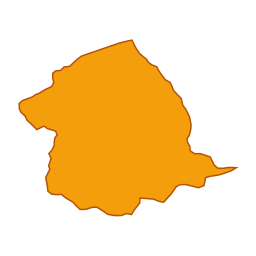 outline of Itirapuã, São Paulo, Brazil, rotated 92°
{"feature_id": "56859067B37772155606082", "entity_name": "Itirapuã", "entity_type": "district", "adm_level": 2, "iso_a3": "BRA", "parent_name": "Brazil", "parent_adm1": "São Paulo", "projection": "natural_earth1", "projection_center": [-47.165, -20.649], "detail": "fine", "context": "isolated", "style": "filled", "palette": "amber", "viewbox_px": 256, "rotation_deg": 92, "n_neighbors": 0, "source": "geoboundaries", "source_scale": "gbopen_adm2", "svg_char_len": 1530}
<svg xmlns="http://www.w3.org/2000/svg" viewBox="0 0 256 256"><g transform="rotate(92 128 128)"><path d="M163.9,18.4L163.8,22.7L164.0,26.5L165.0,31.9L165.0,37.0L161.8,40.7L154.0,44.9L152.5,50.0L151.1,54.9L151.4,60.4L148.7,65.0L144.2,65.6L140.2,68.0L136.7,68.7L133.6,66.7L129.7,65.7L126.5,65.2L122.6,65.1L114.7,66.9L106.9,71.1L103.5,74.0L96.7,75.8L92.8,79.9L88.9,83.8L85.0,85.4L81.1,87.4L78.3,92.5L73.2,96.7L69.7,99.2L65.8,101.5L64.0,106.5L61.5,110.1L58.5,112.0L56.2,115.3L53.1,119.1L48.3,122.6L43.9,125.1L40.0,127.1L41.9,134.6L43.7,140.4L56.2,173.0L57.8,177.1L61.2,181.3L64.6,184.7L68.4,188.5L69.3,194.0L72.8,197.4L73.4,202.2L75.9,205.1L80.7,205.0L85.2,203.8L89.3,205.8L91.7,210.6L94.0,214.6L96.2,217.6L97.7,221.3L100.3,224.7L102.0,228.9L104.1,234.1L107.3,237.6L112.9,237.2L116.3,235.3L119.4,231.4L123.9,229.1L126.7,225.6L132.8,219.0L129.0,212.1L131.4,208.6L133.6,200.3L137.4,198.5L140.1,200.6L143.8,201.2L148.1,201.2L152.8,203.3L156.3,206.2L161.3,203.8L168.5,206.0L172.0,204.7L180.4,208.5L188.8,206.6L194.1,205.8L196.8,201.9L197.1,196.7L196.7,192.2L199.8,188.2L204.0,180.5L207.9,176.7L211.1,173.0L210.7,167.0L208.4,160.7L208.3,156.2L211.1,151.3L215.0,145.1L216.0,138.2L215.7,131.8L213.6,126.4L214.3,121.5L209.7,118.9L206.7,116.7L202.7,113.8L197.5,113.4L197.8,108.2L198.0,103.8L198.2,100.0L200.3,94.2L200.9,89.8L192.2,82.4L185.0,77.8L182.8,74.0L182.5,68.2L184.1,60.4L185.3,55.6L182.8,50.0L174.9,48.7L173.3,43.8L172.7,40.1L171.5,34.7L170.1,30.9L167.1,23.2L163.9,18.4Z" fill="#f59e0b" stroke="#b45309" stroke-width="1.5"/></g></svg>